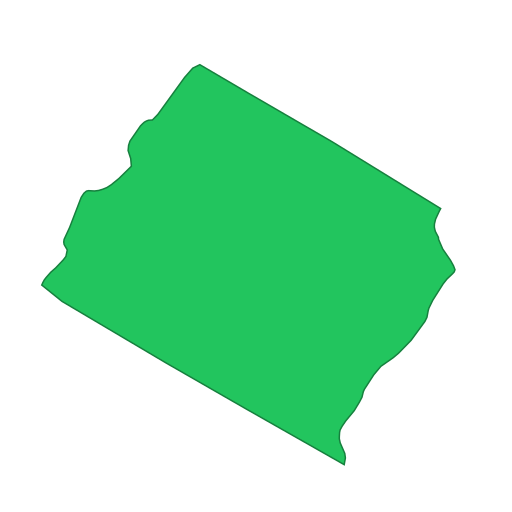 the border of Distrito Federal, rotated 30°
{"feature_id": "BRA-599", "entity_name": "Distrito Federal", "entity_type": "Federal District", "adm_level": 1, "iso_a3": "BRA", "parent_name": "Brazil", "parent_adm1": "", "projection": "equal_earth", "projection_center": [-47.783, -15.766], "detail": "fine", "context": "isolated", "style": "filled", "palette": "green", "viewbox_px": 512, "rotation_deg": 30, "n_neighbors": 0, "source": "natural_earth", "source_scale": "10m", "svg_char_len": 1169}
<svg xmlns="http://www.w3.org/2000/svg" viewBox="0 0 512 512"><g transform="rotate(30 256 256)"><path d="M111.7,118.4L166.9,118.8L264.9,119.0L392.2,122.6L392.3,125.3L393.1,134.3L394.5,139.0L396.0,141.8L397.6,143.6L399.1,145.1L404.6,148.6L405.8,150.3L414.2,156.6L426.6,162.5L431.9,165.7L435.2,168.4L435.6,170.7L435.1,173.0L432.9,180.4L432.0,186.5L431.2,205.9L431.8,214.6L432.4,217.1L434.7,223.6L435.0,228.2L432.5,251.3L428.1,268.7L425.7,275.4L419.3,289.1L417.4,299.9L416.5,317.2L416.8,319.9L418.4,325.4L418.6,330.9L418.4,340.8L416.2,353.7L415.7,360.3L415.8,364.6L416.6,367.0L418.5,370.8L419.5,372.6L422.3,375.7L431.6,382.6L434.4,386.2L436.7,392.6L324.1,393.4L231.8,393.6L110.8,392.3L85.0,388.3L84.7,385.6L84.6,382.6L85.0,379.6L86.4,372.6L88.5,366.4L91.0,355.9L91.6,351.4L89.5,345.1L84.1,342.0L82.5,340.0L81.5,337.5L80.3,324.3L75.3,292.6L75.6,287.7L76.7,284.6L78.2,283.2L83.7,280.4L87.0,277.9L90.0,274.7L92.7,271.2L94.9,266.9L98.5,257.5L103.2,240.6L98.8,234.3L92.5,228.6L90.3,223.8L89.4,219.5L90.9,201.1L91.6,198.4L92.4,195.9L93.6,193.9L95.0,192.2L98.3,190.0L100.2,182.4L104.9,136.9L107.3,124.9L111.7,118.4Z" fill="#22c55e" stroke="#15803d" stroke-width="1.5"/></g></svg>